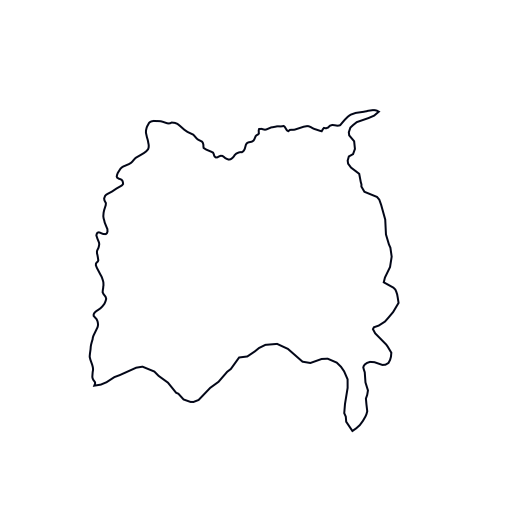 Granados, Baja Verapaz, Guatemala (Albers equal-area conic projection), rotated 111°
{"feature_id": "79465075B60020502053438", "entity_name": "Granados", "entity_type": "district", "adm_level": 2, "iso_a3": "GTM", "parent_name": "Guatemala", "parent_adm1": "Baja Verapaz", "projection": "albers", "projection_center": [-90.583, 14.941], "detail": "fine", "context": "isolated", "style": "outline", "palette": "ink", "viewbox_px": 512, "rotation_deg": 111, "n_neighbors": 0, "source": "geoboundaries", "source_scale": "gbopen_adm2", "svg_char_len": 4948}
<svg xmlns="http://www.w3.org/2000/svg" viewBox="0 0 512 512"><g transform="rotate(111 256 256)"><path d="M435.0,360.5L431.7,354.8L427.4,350.3L419.8,344.8L416.1,340.6L403.2,327.8L400.0,322.3L400.3,309.5L402.8,304.0L405.8,292.8L412.3,281.6L412.4,279.1L415.9,272.2L415.7,264.8L414.7,262.1L411.0,258.0L395.5,251.5L386.9,245.9L374.4,241.4L370.5,239.0L356.8,235.4L352.9,228.1L345.5,222.9L340.8,220.2L335.6,215.4L330.5,204.8L331.3,192.9L338.0,174.7L336.4,166.9L328.6,157.8L326.2,152.3L326.6,142.4L329.0,136.9L332.1,132.4L338.3,126.3L346.3,123.2L362.2,119.9L371.1,117.3L373.8,114.6L378.4,112.4L384.8,103.3L381.0,100.7L376.7,98.5L371.6,97.1L366.6,96.3L364.1,96.2L361.1,96.5L354.8,99.8L349.7,102.3L345.9,102.4L341.4,103.3L334.8,108.5L325.6,112.8L323.4,114.6L321.6,115.9L320.0,116.0L318.2,115.5L316.0,114.0L314.0,111.6L312.7,107.4L312.4,98.9L311.1,96.2L308.4,94.0L305.0,93.6L301.7,93.9L297.8,95.0L293.4,100.6L292.0,102.7L285.5,117.0L282.4,120.6L280.3,120.4L277.0,116.5L271.0,112.1L265.9,110.2L259.2,107.9L248.7,106.1L244.0,108.8L241.2,110.5L238.9,112.4L237.4,113.9L236.3,116.4L234.8,127.3L229.9,127.9L218.3,126.9L208.0,129.1L200.1,133.5L197.5,136.1L189.3,142.4L175.7,148.4L163.4,157.5L159.2,161.1L157.5,164.2L157.2,177.8L153.4,182.5L151.4,183.2L149.4,184.7L142.3,189.1L139.4,199.0L136.8,203.1L134.1,204.6L129.8,205.0L126.1,201.9L120.6,202.0L113.7,205.5L110.0,212.2L107.2,213.7L102.3,213.9L99.0,212.3L94.9,209.9L86.9,200.4L82.6,196.0L77.3,193.1L77.0,195.3L77.2,196.9L77.5,198.1L78.1,199.5L80.4,203.6L81.2,204.6L81.9,205.8L82.8,207.2L86.7,214.2L89.9,218.0L91.3,219.1L93.1,220.2L96.9,221.9L100.2,223.1L103.7,224.3L104.4,225.2L105.2,226.7L105.6,228.8L106.3,231.7L107.8,233.6L109.0,234.2L110.2,234.7L111.7,236.4L112.1,238.5L113.6,239.0L116.0,239.4L116.2,241.2L116.4,245.7L116.5,247.0L116.4,248.8L116.0,251.3L116.0,253.4L116.4,254.8L118.2,257.8L124.2,265.2L124.7,266.2L125.3,267.7L126.1,269.5L127.9,270.6L127.6,272.2L125.1,275.5L124.7,276.8L125.6,278.2L126.4,279.9L126.7,281.0L127.4,282.8L128.4,284.3L129.0,285.3L129.7,286.4L130.5,287.9L131.3,288.7L133.5,291.0L134.3,291.9L134.9,292.9L135.2,294.8L135.3,296.3L136.3,298.6L137.7,298.5L139.4,297.8L140.7,297.2L142.0,297.8L143.1,298.8L144.4,299.3L145.5,299.3L147.8,299.4L149.2,299.7L150.8,300.9L152.7,303.9L154.1,305.0L155.7,305.3L158.9,305.0L160.0,304.9L161.8,305.1L162.9,305.5L164.2,306.4L164.5,307.5L165.3,308.9L166.6,310.3L167.6,311.2L169.5,312.1L171.1,312.4L172.6,313.0L174.2,313.9L175.1,314.8L175.8,316.1L175.8,318.2L175.6,319.9L175.1,321.2L174.6,323.2L175.1,324.9L176.2,326.1L177.8,327.5L178.4,328.8L178.0,330.2L177.2,331.1L176.2,331.8L174.9,333.1L174.7,334.8L174.5,340.6L173.9,343.6L172.9,344.2L171.0,345.0L169.5,346.1L168.6,347.3L168.4,348.9L168.2,351.1L168.0,352.3L167.5,353.6L166.5,355.5L165.8,356.8L165.2,358.1L164.8,363.4L164.7,364.5L163.8,368.2L161.9,373.3L161.1,375.7L160.8,376.9L160.8,379.4L161.6,382.5L162.9,383.8L163.7,385.4L163.9,386.6L164.0,388.2L164.1,390.9L164.3,393.0L164.8,394.8L165.7,397.3L166.6,400.0L167.9,402.0L169.3,403.2L170.3,403.6L172.2,403.8L173.3,404.0L174.9,404.1L176.0,404.0L178.2,403.7L180.4,402.9L184.2,400.4L186.0,399.0L187.6,397.9L189.0,397.1L190.2,396.3L191.6,395.6L193.3,395.1L195.0,395.0L197.6,396.0L200.0,397.5L203.3,400.1L207.1,403.2L208.1,403.8L209.4,404.3L211.0,404.9L212.0,405.2L213.7,406.0L214.9,406.9L215.8,407.6L217.3,409.2L218.8,410.7L219.9,411.9L221.2,412.9L223.0,413.8L226.4,414.5L228.0,414.8L229.9,414.8L231.7,414.5L232.6,413.7L233.0,411.7L232.9,410.4L233.0,408.8L233.8,407.5L235.0,406.6L236.4,405.9L238.0,406.4L239.2,407.3L243.1,410.5L247.4,413.5L251.3,416.9L252.5,417.8L253.8,418.4L255.2,418.4L256.7,418.4L258.4,417.4L259.4,416.3L260.4,415.1L262.4,414.5L264.3,414.4L267.7,414.2L270.2,413.8L273.6,412.8L275.4,411.8L277.4,410.3L278.9,409.3L279.9,408.4L283.2,405.3L284.1,404.4L286.4,403.4L288.2,403.4L289.4,404.1L290.2,406.5L290.2,408.2L290.1,410.4L290.4,411.6L291.2,412.4L292.6,412.6L294.0,412.4L296.6,410.3L299.7,407.4L301.1,406.6L302.5,406.3L303.7,406.1L305.2,406.0L306.9,406.2L308.5,406.2L310.5,405.4L311.9,404.4L313.7,403.3L315.1,402.5L316.5,401.7L317.8,401.7L319.2,402.4L320.4,402.7L322.0,402.2L324.0,400.4L329.1,394.6L329.9,393.6L330.8,392.6L331.7,391.8L333.4,390.4L334.6,389.5L335.6,388.9L338.0,387.9L339.4,387.6L340.7,387.2L342.3,386.9L344.8,386.2L346.3,384.6L347.4,382.7L348.1,381.7L349.7,380.5L351.8,380.3L353.3,380.3L354.9,380.4L356.3,380.8L358.2,381.4L360.6,382.5L362.7,383.9L363.8,384.7L364.8,385.4L366.1,386.1L367.6,386.6L368.8,386.6L370.1,386.1L371.3,383.8L372.1,382.2L373.7,380.6L374.9,379.8L376.6,378.9L377.8,378.6L379.4,378.4L381.6,378.6L385.2,378.9L387.3,379.1L388.7,379.2L390.6,379.1L392.3,378.7L395.1,378.5L397.8,378.2L399.8,377.8L402.5,377.0L406.4,376.1L408.6,375.5L409.8,375.1L412.1,373.5L414.1,371.8L416.2,370.0L417.7,368.9L418.8,368.2L420.0,367.6L421.2,367.2L422.8,366.9L425.2,366.2L427.2,365.6L428.2,365.1L429.2,364.3L430.1,363.3L430.9,362.0L431.6,361.0L432.8,360.5L435.0,360.5Z" fill="none" stroke="#020617" stroke-width="2"/></g></svg>